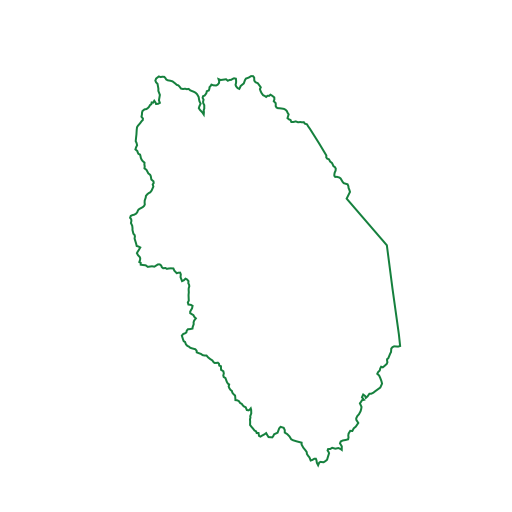 the district of Independência, Ceará, Brazil, rotated 118°
{"feature_id": "56859067B45229739408985", "entity_name": "Independência", "entity_type": "district", "adm_level": 2, "iso_a3": "BRA", "parent_name": "Brazil", "parent_adm1": "Ceará", "projection": "orthographic", "projection_center": [-40.325, -5.496], "detail": "fine", "context": "isolated", "style": "outline", "palette": "green", "viewbox_px": 512, "rotation_deg": 118, "n_neighbors": 0, "source": "geoboundaries", "source_scale": "gbopen_adm2", "svg_char_len": 6092}
<svg xmlns="http://www.w3.org/2000/svg" viewBox="0 0 512 512"><g transform="rotate(118 256 256)"><path d="M343.9,90.8L341.7,91.3L339.7,92.0L337.3,95.1L335.5,94.8L333.6,94.7L332.3,93.2L331.0,96.1L328.0,96.3L328.4,93.8L329.7,92.4L327.6,91.6L324.4,91.2L323.5,89.6L321.6,88.2L319.5,87.3L313.8,84.5L309.5,84.8L307.6,86.5L305.3,89.1L303.7,91.2L303.1,93.6L301.3,93.7L299.0,93.0L297.0,93.5L295.0,93.5L294.8,91.8L293.0,91.0L289.9,89.9L288.1,90.1L286.9,91.1L285.6,91.8L284.1,91.2L279.1,91.7L277.4,91.7L274.2,93.1L272.4,92.7L270.9,91.6L269.3,88.0L267.8,86.5L258.2,93.0L220.7,120.2L185.1,145.5L162.8,202.9L155.3,203.1L153.6,204.8L152.5,206.2L151.0,207.2L149.7,208.8L150.5,212.7L149.9,214.3L147.8,217.7L147.6,219.3L148.1,221.7L149.0,223.2L148.4,224.5L147.0,225.2L145.3,225.7L143.3,225.8L141.4,226.6L140.5,228.0L140.3,229.8L139.1,231.3L138.2,232.6L137.8,234.9L136.4,236.9L136.6,239.0L135.9,240.3L134.2,241.1L126.8,253.4L118.4,268.1L117.0,270.9L115.8,272.8L116.2,275.1L115.4,276.6L116.4,278.2L116.8,279.6L118.2,281.7L118.5,284.1L120.2,286.0L121.1,287.7L119.7,289.4L119.9,290.9L119.5,292.9L115.6,293.7L114.7,295.4L113.6,296.7L113.0,298.6L113.0,300.4L113.6,302.2L114.5,304.6L115.2,306.0L115.3,307.6L114.4,309.0L113.1,309.6L111.8,310.4L111.0,313.0L109.1,313.3L107.4,314.3L106.9,317.0L106.8,319.0L108.3,319.5L109.2,321.1L110.8,321.7L110.6,323.3L110.7,325.2L109.6,327.5L108.3,329.3L106.8,330.9L104.8,331.0L102.6,335.5L102.8,338.0L102.0,339.8L99.3,341.4L98.6,343.0L99.5,344.8L101.9,346.2L104.1,348.2L105.9,348.3L109.4,347.8L111.7,348.8L113.2,349.4L114.7,349.2L116.3,349.2L116.4,351.0L115.6,353.1L114.5,354.4L112.5,354.9L110.8,355.7L108.9,357.0L109.4,358.8L110.5,359.7L112.2,360.7L112.9,361.9L114.5,363.2L114.0,365.4L117.2,369.8L117.4,372.1L119.0,370.5L120.7,369.9L122.8,370.3L124.2,371.3L125.3,373.8L125.6,375.8L127.2,375.9L128.8,376.3L130.1,375.7L132.0,375.4L133.6,376.8L135.3,376.3L136.9,376.4L138.5,376.7L139.8,377.8L141.4,377.4L142.6,375.7L144.5,375.2L145.8,374.4L147.1,372.5L150.1,370.9L151.9,370.6L153.5,369.5L155.6,368.6L154.5,370.6L153.3,374.1L152.3,375.9L150.2,376.3L147.5,376.4L146.0,378.5L144.5,379.8L142.5,381.3L140.8,384.0L140.2,386.1L140.2,388.2L140.4,389.7L140.6,391.9L140.1,393.9L141.2,395.4L141.6,397.2L142.8,398.8L143.4,400.8L142.3,403.1L141.8,404.7L142.1,406.3L141.6,408.3L141.0,411.7L141.5,414.0L142.3,416.4L142.3,418.1L141.4,419.6L140.9,421.1L141.7,422.9L142.8,424.2L143.1,426.1L146.2,427.5L148.4,427.2L149.6,425.7L150.2,423.8L154.0,420.8L156.1,419.7L157.4,418.2L158.9,416.5L164.1,414.8L165.9,412.8L167.6,413.9L168.7,415.6L167.7,416.7L166.7,418.7L168.9,418.8L169.4,420.2L171.2,419.7L172.4,420.4L174.6,420.5L176.0,420.9L177.7,421.7L178.9,423.3L181.3,424.3L183.0,423.9L184.7,423.1L186.8,422.5L187.7,420.4L189.1,419.8L190.7,420.3L192.9,420.6L194.8,421.0L196.4,421.4L198.2,421.5L200.5,420.6L204.9,418.6L209.2,416.9L211.1,416.1L212.2,414.6L214.0,413.0L216.4,412.9L218.5,412.5L219.0,410.1L220.2,408.9L221.0,407.7L220.9,406.0L222.0,404.9L223.3,403.9L224.6,402.3L225.4,400.6L225.9,398.3L227.8,397.4L229.0,396.4L231.0,395.6L231.3,393.3L232.6,391.3L233.6,389.9L234.0,387.6L234.9,386.4L237.6,384.3L238.2,381.6L239.6,380.6L241.3,380.8L242.9,379.2L247.3,378.9L249.5,379.3L250.6,380.1L252.3,380.9L254.6,381.4L256.2,380.8L259.3,380.3L261.2,379.4L262.7,378.4L264.2,378.3L265.7,378.8L267.2,379.7L268.5,380.6L270.1,381.5L271.6,381.6L273.2,381.4L275.0,381.8L276.8,383.0L277.9,384.3L279.4,385.4L281.4,385.1L282.1,383.5L283.5,382.5L285.6,381.9L287.4,379.5L289.4,378.1L291.0,377.3L293.9,374.7L294.5,373.0L295.6,372.1L297.6,371.4L301.3,367.7L303.2,366.0L302.8,364.3L302.8,362.2L305.9,362.3L307.8,362.5L309.4,362.5L310.7,360.5L311.4,358.3L312.3,357.2L313.9,356.5L316.1,356.2L316.1,354.7L317.8,353.7L317.0,351.5L316.0,349.0L316.4,346.5L313.9,343.0L313.1,340.7L309.4,338.6L308.6,337.1L308.9,335.3L310.1,333.9L310.4,332.2L309.1,330.3L309.2,328.7L308.0,327.2L306.9,325.5L305.8,323.1L307.3,321.2L308.4,317.9L307.2,316.7L306.3,315.2L307.5,313.8L310.1,312.7L312.9,309.5L311.3,308.3L309.1,307.6L309.1,305.9L309.9,303.8L311.8,303.0L312.8,301.6L314.0,300.7L316.0,300.3L317.3,299.7L319.6,298.3L322.2,297.2L327.0,294.4L329.0,294.4L330.6,292.9L329.7,290.5L329.8,288.6L332.2,287.9L334.4,288.0L336.0,288.0L337.4,287.2L337.5,285.4L337.6,283.5L338.7,281.9L339.3,279.8L342.0,280.3L343.8,280.0L345.5,279.0L348.3,278.6L349.9,278.0L351.5,279.9L352.6,281.7L354.4,282.1L356.2,281.6L357.8,282.5L358.9,283.6L361.1,284.1L363.7,281.5L365.2,279.8L365.2,278.3L366.9,276.4L367.6,274.4L367.5,272.7L367.9,271.0L367.6,269.2L366.8,265.8L367.5,264.0L368.9,263.1L368.7,261.3L368.3,258.6L368.6,256.6L368.0,254.7L367.1,253.0L368.0,250.7L368.5,248.0L368.7,245.5L369.5,244.0L369.9,242.5L369.1,240.9L368.1,239.6L368.5,238.1L370.0,237.0L369.8,235.2L371.4,234.3L372.9,233.4L373.1,230.7L374.8,229.3L376.8,228.8L378.0,227.7L378.1,225.7L380.8,222.7L381.9,220.9L382.0,219.4L384.0,218.9L385.3,217.4L386.2,215.6L386.5,213.9L387.8,212.7L388.6,210.8L389.0,209.0L390.3,208.1L392.9,206.5L392.2,204.7L392.2,202.9L393.2,201.1L393.3,199.0L394.0,197.7L394.5,196.2L394.4,194.1L396.3,191.8L395.8,190.1L394.5,189.4L393.0,189.1L394.2,188.0L397.2,186.3L400.1,185.9L401.4,185.0L402.9,184.7L405.0,183.4L408.0,181.9L409.0,179.7L409.7,177.8L410.8,175.4L410.8,173.6L412.0,172.3L411.1,170.7L413.4,168.9L413.4,167.3L412.0,166.5L409.3,164.7L407.6,163.9L408.9,161.9L410.0,159.9L408.5,156.5L406.9,156.2L404.9,156.3L401.9,154.0L397.3,154.6L395.3,154.1L394.7,150.9L396.2,148.9L398.4,147.7L398.6,144.8L399.6,141.7L401.3,138.9L401.3,136.9L400.6,133.2L399.4,128.1L401.1,127.2L403.0,124.3L403.8,122.4L404.4,121.0L405.3,119.2L406.9,118.1L408.0,116.1L408.7,114.3L410.9,111.7L409.6,110.5L407.6,109.3L406.9,108.0L408.0,106.7L410.0,105.2L411.6,102.9L408.8,103.2L407.5,102.4L406.4,99.5L404.5,98.4L402.5,97.6L400.1,98.1L395.8,98.9L394.8,100.2L394.1,101.5L392.6,101.7L391.6,99.9L389.6,98.7L388.9,95.5L386.9,93.1L386.7,90.7L386.9,89.3L383.8,90.9L382.0,93.9L379.9,94.1L378.1,92.7L376.3,90.4L374.6,88.6L372.6,89.2L371.3,90.2L369.3,90.9L366.1,90.7L365.3,88.8L362.3,88.8L359.8,87.8L355.4,87.3L353.6,90.5L352.3,91.3L349.8,91.4L347.4,90.8L343.9,90.8Z" fill="none" stroke="#15803d" stroke-width="2"/></g></svg>